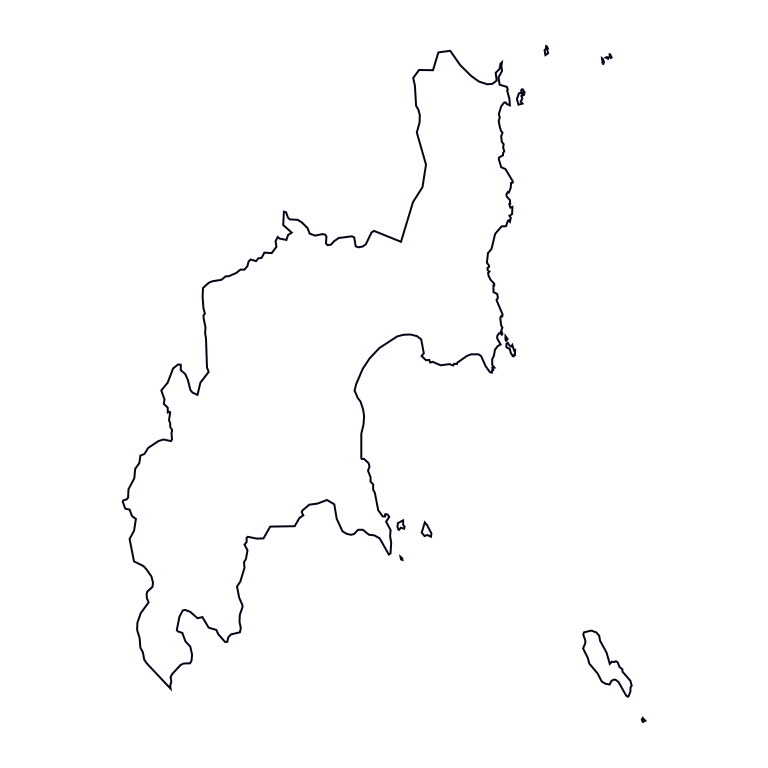 the district of Quy Nhon, Bình Định, Vietnam
{"feature_id": "81297802B6190272756602", "entity_name": "Quy Nhon", "entity_type": "district", "adm_level": 2, "iso_a3": "VNM", "parent_name": "Vietnam", "parent_adm1": "Bình Định", "projection": "natural_earth1", "projection_center": [109.246, 13.749], "detail": "fine", "context": "isolated", "style": "outline", "palette": "ink", "viewbox_px": 768, "rotation_deg": 0, "n_neighbors": 0, "source": "geoboundaries", "source_scale": "gbopen_adm2", "svg_char_len": 6050}
<svg xmlns="http://www.w3.org/2000/svg" viewBox="0 0 768 768"><path d="M438.4,52.4L433.0,70.2L419.0,70.0L413.2,78.0L414.9,85.7L416.1,105.9L418.3,109.5L419.8,114.9L419.6,122.4L416.8,132.5L426.0,164.6L422.5,187.1L413.0,202.1L401.0,241.8L374.0,230.9L371.5,232.5L365.9,244.2L362.7,246.5L358.2,247.3L355.7,246.3L354.2,237.4L351.9,236.3L338.7,238.0L334.1,241.2L331.0,244.6L327.7,245.2L326.0,243.6L326.4,236.5L325.3,234.7L322.6,234.1L315.1,235.6L309.7,233.6L307.5,228.0L301.9,222.5L297.8,219.9L289.6,219.3L287.9,217.5L286.1,212.3L283.9,211.7L283.2,225.0L291.7,232.6L288.0,235.1L286.4,239.9L279.6,238.6L277.7,237.0L275.6,241.2L276.4,246.8L271.7,253.1L264.4,252.6L261.6,257.9L258.5,258.2L256.1,261.1L250.5,259.5L248.5,261.8L247.4,266.2L244.3,269.7L240.4,269.6L236.4,272.9L228.6,276.3L225.9,276.2L221.4,279.8L212.3,281.3L208.6,282.9L203.0,288.0L202.6,296.7L203.4,308.0L204.9,313.6L203.6,315.4L203.5,317.6L205.5,327.6L205.1,332.8L206.0,338.7L207.0,367.5L208.7,371.9L200.4,382.6L197.5,394.9L192.5,392.6L190.4,390.0L187.8,379.7L185.2,374.0L180.8,370.2L180.8,364.7L178.0,364.5L173.1,368.5L167.6,382.8L161.3,390.4L164.5,399.5L163.8,403.8L167.7,407.7L167.8,412.5L169.6,411.8L170.2,412.5L169.0,420.2L170.2,423.2L170.2,427.0L172.1,429.9L171.5,433.2L172.0,439.4L171.0,441.1L163.5,439.5L158.4,441.1L148.2,447.9L144.4,454.0L140.4,455.6L139.3,463.1L135.2,468.8L134.3,478.3L128.5,489.2L128.1,497.6L126.5,499.5L123.4,500.3L122.7,501.6L125.3,508.7L129.6,509.6L132.0,516.1L135.9,518.9L134.1,530.6L129.6,539.0L134.0,561.4L143.5,566.1L146.1,568.9L151.4,576.4L153.0,582.6L152.5,586.8L147.3,591.6L146.6,594.3L146.9,598.1L148.6,602.4L140.8,613.1L137.4,622.7L137.1,629.9L139.6,638.0L140.4,647.7L142.9,652.4L144.2,659.6L146.7,663.3L170.6,688.7L170.2,685.6L171.3,681.8L170.6,677.0L172.3,673.9L180.7,664.9L183.7,663.5L190.1,663.3L191.5,660.7L192.1,654.7L190.3,646.6L185.4,641.3L182.3,632.9L177.8,631.4L176.8,630.1L179.4,616.8L182.8,610.4L185.2,609.9L190.3,611.9L197.5,618.2L202.4,617.1L208.6,627.6L216.4,630.0L218.2,634.1L225.1,642.0L227.3,641.8L228.3,637.3L231.0,634.4L239.9,632.3L240.8,628.2L239.5,621.8L239.8,614.9L242.5,607.2L242.4,605.0L239.2,597.8L237.0,586.5L240.3,581.6L244.5,567.8L244.0,562.3L246.0,558.8L247.5,550.3L244.5,544.6L246.6,542.1L246.6,537.8L247.8,536.8L256.8,538.6L263.5,538.4L270.2,526.6L294.7,526.2L299.4,518.0L303.3,515.3L301.8,512.4L302.3,510.6L309.2,504.7L317.4,503.6L327.0,500.0L334.3,504.3L336.7,518.8L342.5,531.3L346.8,533.9L351.1,534.8L354.1,534.0L358.1,529.8L362.9,529.8L368.9,534.7L374.4,535.4L379.7,538.4L388.8,554.5L390.5,553.5L391.2,543.0L390.1,536.1L390.6,530.1L386.1,521.7L389.3,516.9L387.6,514.6L386.0,514.1L385.0,514.5L385.1,516.4L382.7,516.4L378.2,510.2L374.9,493.1L373.1,489.4L373.2,484.5L370.5,481.5L370.6,477.3L368.0,470.7L369.5,466.7L368.7,463.3L364.1,459.0L361.7,458.9L361.3,458.1L361.3,433.8L363.5,424.6L364.1,416.2L363.1,409.5L360.6,401.8L357.8,398.0L354.6,390.6L356.1,384.3L362.7,368.9L369.7,358.3L379.3,348.1L397.2,336.4L403.3,334.8L410.4,334.5L416.9,336.1L421.2,339.4L423.8,353.3L421.6,356.0L426.0,360.2L429.3,360.0L430.2,362.5L432.6,361.8L440.7,365.3L449.5,364.1L453.1,365.5L454.2,363.8L456.9,364.0L457.3,362.7L467.0,355.9L471.1,354.3L478.5,354.3L481.1,356.1L485.7,366.3L489.8,372.0L491.8,372.7L492.3,369.7L493.5,370.8L492.4,367.8L494.4,367.6L492.2,364.9L492.2,359.1L493.8,356.1L495.0,349.7L497.7,346.1L500.6,344.5L497.2,338.4L497.2,336.1L499.0,333.3L500.3,333.0L501.8,334.7L502.3,334.2L502.0,332.1L501.0,331.4L502.4,327.6L501.1,325.3L500.3,317.7L501.3,316.0L502.2,316.4L502.6,314.5L496.5,300.1L497.9,297.9L497.2,294.0L493.5,292.1L493.4,285.4L494.3,285.3L494.2,283.6L490.6,279.8L488.6,275.9L488.1,272.9L489.5,271.6L487.7,270.3L487.5,268.0L488.9,267.1L489.0,265.5L486.9,262.7L488.0,253.0L491.5,249.0L495.1,234.0L501.5,226.4L506.0,226.2L508.0,220.6L509.4,220.0L509.4,221.2L509.9,221.8L510.8,217.8L509.4,215.8L512.1,214.1L512.4,206.9L510.3,207.6L509.3,204.2L510.2,204.0L509.9,200.0L506.8,196.7L506.4,194.3L507.8,192.1L508.8,192.6L510.7,187.9L511.1,182.9L512.7,182.6L512.8,181.4L505.5,169.1L501.2,167.2L498.8,159.2L499.0,157.6L503.0,155.2L503.0,153.2L504.3,151.1L503.1,147.7L503.7,144.3L501.8,141.7L501.2,136.3L502.5,132.6L501.2,131.3L499.9,127.3L498.7,121.0L499.8,117.4L498.8,114.2L501.2,106.3L504.0,102.7L505.5,102.4L506.9,104.1L509.9,105.3L509.4,98.9L507.2,90.7L507.8,89.6L506.9,86.9L499.6,84.7L498.5,77.3L502.0,71.1L501.4,66.0L501.9,62.4L500.5,63.7L499.6,68.8L495.7,72.9L496.7,80.6L492.4,83.8L487.4,84.3L478.8,81.5L470.9,75.7L460.2,65.1L450.2,50.8L438.4,52.4ZM591.2,630.6L583.9,632.4L583.3,634.7L585.4,640.8L585.2,643.4L583.1,648.4L587.9,658.2L589.3,663.6L597.5,673.3L601.7,681.4L605.3,683.7L609.6,684.5L611.3,681.2L613.2,679.8L615.4,679.7L618.5,682.0L626.2,695.7L627.8,696.7L628.6,696.2L630.4,691.6L630.5,687.5L631.7,685.7L630.4,680.8L622.5,671.7L622.4,669.3L619.5,667.0L617.7,662.3L615.9,661.2L614.1,662.1L611.9,661.7L609.8,663.9L606.5,652.5L600.1,640.8L599.2,635.8L596.3,632.4L591.2,630.6ZM431.0,536.7L431.4,533.3L427.0,525.0L424.8,522.4L421.7,532.6L424.6,536.1L427.2,535.0L431.0,536.7ZM510.3,346.5L507.8,342.9L506.4,343.8L506.4,347.2L509.9,349.2L510.7,352.7L512.8,356.2L513.8,356.2L514.4,354.7L514.9,355.9L515.1,350.0L514.1,350.5L512.3,345.0L511.4,346.6L510.3,346.5ZM403.2,525.0L403.1,520.4L397.9,523.1L397.5,526.9L398.3,529.5L399.3,529.8L400.8,527.7L404.1,528.7L404.6,526.7L403.2,525.0ZM522.9,95.4L521.0,92.6L518.9,93.4L516.9,99.0L518.5,104.7L522.5,103.6L520.7,101.5L522.3,98.7L521.4,96.0L522.9,95.4ZM546.9,48.1L547.1,46.7L546.2,46.1L545.7,49.1L544.6,50.2L545.4,55.1L548.1,53.3L547.3,50.0L547.9,48.4L546.9,48.1ZM524.1,94.2L524.6,92.5L522.7,89.3L521.8,89.4L521.1,90.4L522.0,92.7L524.1,94.2ZM642.8,721.9L645.3,720.8L642.7,718.0L641.8,719.7L642.8,721.9ZM507.6,339.0L505.5,336.1L505.4,339.4L506.5,341.6L506.5,339.8L507.6,339.0ZM604.0,62.1L602.9,59.0L602.0,58.3L602.7,63.7L603.4,63.9L604.0,62.1ZM402.5,559.9L402.2,558.3L400.5,556.8L401.0,559.4L402.5,559.9ZM611.6,57.5L610.1,54.3L609.7,54.2L609.7,56.8L610.7,58.0L611.6,57.5ZM608.3,57.4L606.8,57.1L605.8,57.6L608.0,58.7L608.3,57.4Z" fill="none" stroke="#020617" stroke-width="2"/></svg>